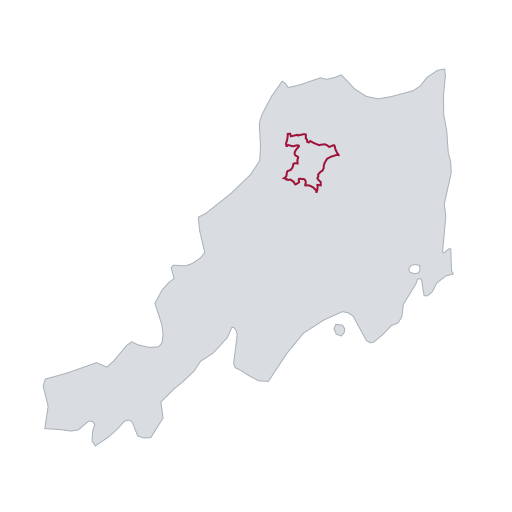 Ashtarak, Aragatsotn, Armenia shown in context, rotated 96°
{"feature_id": "60910142B23777318825008", "entity_name": "Ashtarak", "entity_type": "district", "adm_level": 2, "iso_a3": "ARM", "parent_name": "Armenia", "parent_adm1": "Aragatsotn", "projection": "natural_earth1", "projection_center": [44.276, 40.353], "detail": "fine", "context": "in_parent", "style": "outline", "palette": "rose", "viewbox_px": 512, "rotation_deg": 96, "n_neighbors": 0, "source": "geoboundaries", "source_scale": "gbopen_adm2", "svg_char_len": 3369}
<svg xmlns="http://www.w3.org/2000/svg" viewBox="0 0 512 512"><g transform="rotate(96 256 256)"><path d="M223.4,317.4L218.9,310.4L196.2,287.3L175.2,269.6L160.8,262.3L146.3,263.0L123.7,266.6L115.4,265.1L95.8,257.4L79.4,248.2L81.7,244.4L85.1,241.6L81.0,229.7L72.0,210.5L73.0,204.5L70.1,196.2L66.9,190.0L79.8,175.0L85.7,162.9L87.0,151.2L83.6,139.0L75.2,117.0L70.0,110.6L60.4,104.6L52.3,94.8L50.3,87.9L57.1,86.5L77.0,86.3L96.3,84.0L111.4,79.4L133.2,75.6L142.2,72.2L152.7,70.5L184.7,74.2L196.6,71.4L232.5,70.9L233.4,69.4L228.6,64.8L228.6,63.0L250.0,60.1L253.3,57.9L256.1,65.3L264.2,73.5L272.9,76.8L277.7,81.3L277.9,84.7L262.4,88.9L261.3,91.0L262.4,93.0L267.0,94.1L288.8,104.4L301.2,104.6L307.7,107.7L311.0,113.9L321.5,122.2L329.7,130.4L330.3,133.2L328.7,137.3L305.6,153.2L302.7,158.7L302.4,164.5L312.6,181.8L327.7,200.7L349.5,215.0L379.4,230.6L379.9,240.3L375.2,251.7L371.2,259.5L369.4,264.8L365.7,267.0L336.0,266.5L331.5,268.4L329.5,270.7L329.4,272.5L340.1,276.0L356.9,288.3L366.6,300.2L376.7,305.4L387.9,314.9L397.0,323.8L411.1,335.3L426.8,331.5L447.7,341.7L448.7,348.6L447.4,354.8L434.3,361.6L432.7,364.4L432.7,366.7L434.5,370.0L442.2,375.5L451.4,383.7L461.7,396.0L457.2,399.7L447.6,400.2L440.2,398.7L437.6,401.2L437.7,405.2L447.5,414.5L449.4,421.3L449.1,433.1L449.7,448.0L427.1,447.0L407.7,454.1L400.4,452.7L395.5,440.1L391.3,429.8L378.8,403.5L382.1,392.7L375.2,386.5L358.5,375.3L354.3,370.6L356.6,364.3L358.1,352.7L356.5,343.3L352.1,340.4L343.8,340.2L333.8,342.6L313.7,351.6L299.6,345.8L291.6,340.0L286.9,335.1L276.4,339.2L273.8,337.2L273.2,325.1L270.1,318.6L263.7,311.0L257.9,307.3L236.4,314.8L223.4,317.4ZM256.3,100.9L256.9,96.6L255.9,92.6L252.4,91.4L248.2,92.4L247.9,96.8L249.2,100.9L253.5,102.8L256.3,100.9ZM325.3,168.1L320.4,170.8L315.8,169.6L315.7,162.8L319.1,160.1L322.9,160.3L326.6,162.7L325.3,168.1Z" fill="#d9dde1" stroke="#a8b0b8" stroke-width="1"/><path d="M186.8,202.6L183.7,201.9L181.2,201.9L178.9,202.4L178.9,201.5L178.9,199.0L175.6,199.4L173.8,201.9L172.1,203.1L170.3,202.3L168.5,202.8L165.5,200.6L164.3,198.9L161.4,197.8L159.5,198.1L156.3,197.5L151.9,195.5L149.6,192.1L146.9,186.1L147.1,184.3L146.9,184.3L145.3,185.8L144.2,186.6L142.5,187.7L141.0,188.4L138.5,189.2L137.6,190.1L138.6,192.1L139.9,194.6L138.6,196.6L137.7,199.2L138.6,203.3L139.2,204.7L137.6,210.3L136.0,214.0L137.6,215.3L137.1,217.0L135.1,217.3L133.8,218.8L130.0,219.1L129.8,221.1L131.8,226.9L131.1,227.4L132.9,232.6L133.3,233.8L130.8,234.8L131.3,237.2L133.7,237.0L137.3,237.2L141.2,237.9L141.9,237.7L143.2,237.3L143.3,237.3L143.4,236.6L142.5,236.1L142.3,235.2L142.6,233.6L143.0,231.3L142.9,230.1L141.8,227.4L141.6,225.4L142.0,224.8L142.7,224.8L145.0,226.6L147.8,228.1L149.7,228.4L151.0,228.0L152.0,227.1L152.8,224.8L153.8,224.3L155.4,224.8L157.0,224.8L159.6,224.3L159.6,226.4L159.9,227.5L160.5,228.5L162.5,228.6L164.4,229.0L166.6,230.4L167.4,231.6L168.1,233.3L169.2,234.0L173.2,234.1L175.1,235.3L175.7,236.2L176.2,233.7L176.9,233.6L176.9,231.4L176.5,230.2L176.5,229.3L177.1,228.4L177.9,227.4L177.9,226.5L180.3,224.9L180.7,224.4L180.6,224.0L179.7,222.8L178.2,220.9L177.2,220.9L176.1,221.5L175.3,221.5L174.7,221.2L174.5,220.1L174.7,218.2L174.5,216.5L174.8,215.7L175.7,214.8L177.3,214.2L178.6,214.2L179.2,214.5L180.6,214.4L180.7,213.8L180.3,212.2L180.3,210.6L180.7,209.0L182.0,206.0L182.6,205.3L183.5,204.3L184.2,203.0L186.8,202.6Z" fill="none" stroke="#9f1239" stroke-width="2"/></g></svg>